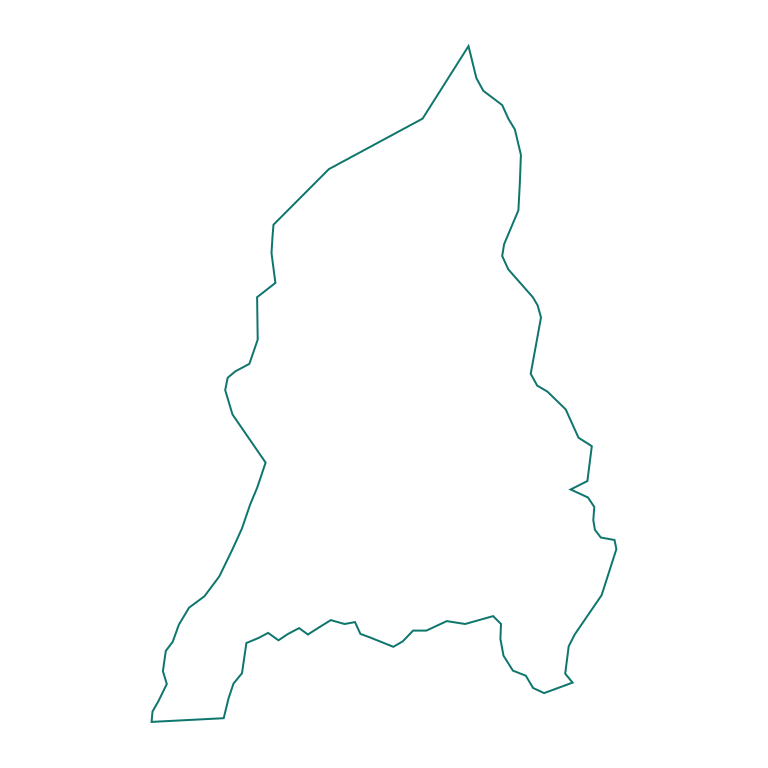 outline of São Vicente, Rio Grande do Norte, Brazil
{"feature_id": "56859067B27519225509016", "entity_name": "São Vicente", "entity_type": "district", "adm_level": 2, "iso_a3": "BRA", "parent_name": "Brazil", "parent_adm1": "Rio Grande do Norte", "projection": "albers", "projection_center": [-36.661, -6.196], "detail": "fine", "context": "isolated", "style": "outline", "palette": "teal", "viewbox_px": 768, "rotation_deg": 0, "n_neighbors": 0, "source": "geoboundaries", "source_scale": "gbopen_adm2", "svg_char_len": 1288}
<svg xmlns="http://www.w3.org/2000/svg" viewBox="0 0 768 768"><path d="M572.6,682.6L565.2,673.7L568.7,646.3L574.7,634.5L601.6,595.2L616.4,549.1L614.5,540.0L600.8,537.5L594.9,529.8L593.3,520.1L594.3,507.0L588.0,497.5L570.6,489.5L587.4,481.0L591.8,446.2L578.5,437.7L565.7,409.4L547.4,391.6L537.2,385.6L530.7,373.8L541.0,317.5L537.6,305.3L532.8,297.2L508.3,269.4L502.2,256.0L504.1,244.2L518.4,210.3L519.9,181.7L520.9,154.8L517.8,141.9L514.9,129.5L508.5,119.0L502.2,105.1L483.3,90.8L476.4,78.2L468.5,46.1L422.6,118.6L328.9,169.1L273.5,224.7L272.5,236.7L271.5,253.1L275.4,282.9L257.1,297.2L257.7,339.6L249.4,363.8L235.4,371.3L227.7,377.7L225.2,390.1L232.5,414.5L265.6,462.6L257.3,487.4L250.2,504.4L241.9,528.6L232.1,550.1L219.3,576.4L204.5,596.2L189.1,607.6L178.9,624.6L172.7,641.8L165.8,650.9L162.9,671.2L166.8,684.0L158.5,701.0L152.5,711.5L151.6,721.9L223.7,718.2L228.5,698.5L233.5,683.6L242.0,673.2L246.4,643.0L258.7,637.9L268.1,632.9L278.5,640.3L287.7,634.1L299.1,628.1L307.9,634.5L319.5,627.1L330.8,620.1L344.5,624.0L355.0,622.1L360.4,633.9L368.9,637.0L393.3,646.8L402.7,641.4L413.1,630.6L426.4,630.6L446.8,621.1L465.1,624.0L493.1,616.1L501.0,624.0L500.4,638.9L503.5,655.7L512.9,670.6L525.8,675.7L533.1,688.0L544.1,693.1L572.6,682.6Z" fill="none" stroke="#0f766e" stroke-width="2"/></svg>